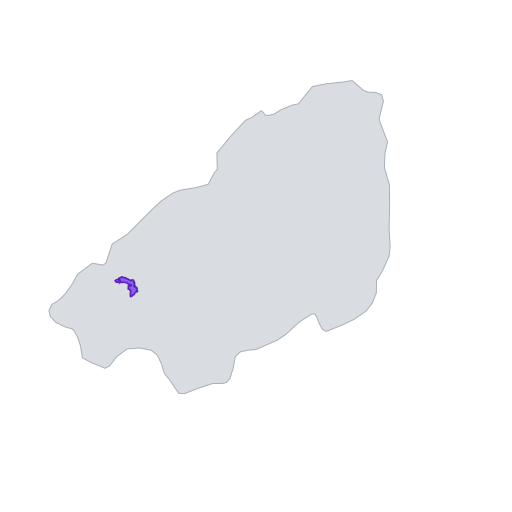 Shumer, Pemagatsel, Bhutan (highlighted), rotated 141°
{"feature_id": "84629894B11783061729770", "entity_name": "Shumer", "entity_type": "district", "adm_level": 2, "iso_a3": "BTN", "parent_name": "Bhutan", "parent_adm1": "Pemagatsel", "projection": "robinson", "projection_center": [91.402, 27.089], "detail": "fine", "context": "in_parent", "style": "filled", "palette": "violet", "viewbox_px": 512, "rotation_deg": 141, "n_neighbors": 0, "source": "geoboundaries", "source_scale": "gbopen_adm2", "svg_char_len": 5345}
<svg xmlns="http://www.w3.org/2000/svg" viewBox="0 0 512 512"><g transform="rotate(141 256 256)"><path d="M401.3,220.7L400.6,223.8L397.2,232.2L395.1,241.4L396.9,248.9L404.4,257.8L414.6,264.9L427.4,265.4L439.3,262.7L444.0,263.8L450.5,275.7L455.1,286.1L448.9,296.7L445.5,306.0L444.3,312.6L445.0,315.5L448.9,320.9L453.3,330.0L454.0,338.4L451.2,344.0L445.0,346.8L438.5,345.9L433.2,346.0L426.4,347.0L415.9,350.1L406.1,354.1L387.8,353.4L380.4,345.1L376.9,345.1L360.2,355.8L342.0,353.9L308.9,357.5L295.0,358.4L280.8,357.2L273.6,354.9L260.3,347.3L248.2,341.8L235.8,346.9L231.5,347.8L221.5,360.7L200.1,365.0L178.7,368.1L172.4,366.4L160.4,365.6L159.9,362.6L160.3,359.7L157.6,357.3L152.7,354.9L144.3,353.9L133.5,350.7L127.3,347.6L105.4,352.2L92.7,345.4L78.2,336.0L70.9,331.9L68.3,317.4L65.8,312.8L60.1,307.8L56.9,302.1L59.5,296.2L74.0,285.1L75.2,282.5L82.0,261.9L91.3,254.4L100.5,244.0L107.5,227.5L120.9,210.5L135.7,193.1L145.8,178.9L152.5,172.3L166.3,165.2L177.8,161.0L185.8,151.5L195.4,146.2L205.3,143.9L220.0,145.1L233.8,148.5L248.9,153.2L250.6,157.1L249.3,163.8L247.1,170.6L247.0,174.1L249.4,176.0L264.2,177.4L282.3,176.3L292.5,177.2L315.1,183.5L321.8,188.0L328.7,191.4L335.5,190.8L344.0,183.5L353.1,177.3L358.7,176.3L362.7,178.3L369.9,184.2L384.8,189.8L398.2,194.0L402.5,197.9L401.0,215.0L401.3,220.7Z" fill="#d9dde1" stroke="#a8b0b8" stroke-width="1"/><path d="M368.6,315.4L368.7,315.5L368.7,315.8L368.8,316.1L368.9,316.4L369.0,316.6L369.1,316.8L369.4,316.9L369.5,317.0L369.7,317.5L369.8,317.6L369.8,318.0L369.8,318.3L369.9,318.6L370.0,318.8L370.4,319.2L370.7,319.2L370.8,319.3L370.7,319.5L370.9,319.8L370.7,320.2L370.8,320.3L370.9,320.5L371.0,320.9L371.3,321.0L371.3,321.5L371.6,321.9L371.9,321.9L372.0,322.0L372.3,322.3L372.5,322.5L372.5,322.9L372.6,323.0L372.8,323.2L372.8,323.3L372.9,323.5L373.1,323.5L373.2,323.9L373.2,324.1L373.3,324.3L373.6,324.5L373.8,324.4L374.1,324.3L374.3,324.2L374.5,324.2L374.8,324.4L374.9,324.5L375.0,324.6L375.6,324.7L375.8,324.8L376.1,324.9L376.3,325.1L376.5,325.0L376.8,325.0L377.0,324.8L377.3,324.8L377.5,324.8L378.0,324.9L378.3,324.8L378.5,324.8L378.8,325.0L379.1,325.2L379.3,325.3L379.5,325.4L380.1,325.5L380.6,325.4L380.8,325.4L381.1,325.4L381.1,325.0L381.1,324.8L381.1,324.7L381.3,324.4L381.1,324.3L381.0,324.1L380.9,324.0L380.8,323.8L380.8,323.7L380.7,323.3L380.7,323.1L380.4,322.9L380.2,322.8L380.1,322.6L379.7,322.2L379.4,322.1L379.2,322.1L378.9,322.3L378.8,322.7L378.7,322.9L378.4,323.0L378.0,323.3L377.7,323.6L377.4,323.5L377.0,323.4L376.7,323.4L376.8,323.1L376.9,322.7L377.0,322.6L377.0,322.4L376.9,322.2L376.9,321.9L377.0,321.8L377.2,321.7L377.4,321.5L377.7,321.4L378.0,321.2L378.3,321.0L378.2,321.0L378.1,320.9L377.9,320.9L377.8,320.6L377.6,320.5L377.5,320.4L377.2,320.3L377.1,320.2L377.0,319.9L376.8,319.9L376.6,319.9L376.4,319.7L376.0,319.2L375.9,319.2L375.7,319.2L375.4,319.0L375.2,318.7L374.8,318.3L374.4,317.8L374.2,317.5L373.8,317.1L373.4,316.8L373.1,316.5L373.1,316.4L373.3,315.9L373.3,315.7L373.2,315.6L373.2,315.4L373.1,315.2L372.8,315.0L372.6,314.8L372.6,314.6L372.5,314.3L372.5,314.2L372.3,313.9L372.2,313.8L372.2,313.7L372.1,313.2L371.9,313.0L371.7,312.6L371.6,312.4L371.4,312.2L371.2,311.9L371.2,311.7L371.3,311.6L371.9,311.5L372.2,311.7L372.4,311.7L372.6,311.7L372.7,311.9L372.8,312.1L373.0,312.2L373.1,312.3L373.5,312.2L373.7,312.3L373.9,312.4L373.9,312.7L374.0,312.9L374.0,313.0L374.1,312.9L374.2,312.7L374.3,312.7L374.5,312.6L374.5,312.4L374.8,312.4L374.9,312.1L374.9,311.9L375.1,311.6L375.3,311.5L375.3,311.4L375.3,311.2L375.6,311.3L375.8,311.2L375.9,310.8L376.1,310.6L375.9,310.4L375.7,310.1L375.5,309.7L375.4,309.6L375.2,309.5L375.1,309.3L375.6,308.9L375.5,308.4L375.4,308.4L375.3,308.2L375.2,308.0L375.2,307.7L375.3,307.6L375.5,307.4L375.7,307.2L375.9,307.1L376.0,307.1L376.2,306.9L376.4,306.7L376.5,306.7L376.8,306.4L377.0,306.4L377.1,306.1L377.3,305.8L377.3,305.7L377.2,305.6L377.3,305.5L377.3,305.4L377.5,305.2L377.9,305.1L378.0,305.1L378.1,304.9L378.4,304.5L378.5,304.4L378.4,304.1L378.3,303.9L378.6,303.8L378.8,303.7L379.0,303.6L379.1,303.4L378.9,303.3L378.8,303.2L378.7,303.1L378.3,303.0L377.5,302.8L377.3,302.9L376.8,303.1L376.6,303.2L376.4,303.3L376.3,303.2L376.2,303.0L376.0,302.9L375.9,302.9L375.7,302.8L375.0,302.8L374.9,302.8L374.6,302.8L374.4,302.9L374.0,303.1L373.9,303.3L373.7,303.4L373.4,303.5L373.2,303.5L372.7,303.6L372.4,303.5L372.2,303.5L371.9,303.5L371.7,303.4L371.4,303.3L370.9,303.0L370.7,303.0L370.3,303.1L370.2,303.2L370.0,303.4L370.0,303.6L370.0,303.8L370.3,304.2L370.2,304.2L370.1,304.3L369.9,304.4L369.8,304.5L369.5,305.1L369.4,305.2L369.2,305.3L368.9,305.3L368.8,305.5L368.8,305.9L368.8,306.0L369.2,306.5L369.3,306.8L369.2,306.9L369.1,307.0L368.8,307.1L368.7,307.1L368.8,307.3L369.1,307.5L369.3,307.9L369.1,308.3L369.5,308.4L369.7,308.5L369.8,308.5L369.9,309.2L369.8,309.5L369.7,309.7L369.1,309.6L368.8,309.6L368.6,309.6L368.6,309.8L368.7,310.0L368.6,310.3L368.5,310.5L368.1,310.6L367.9,310.6L367.7,310.7L367.6,310.8L367.5,311.2L367.5,311.5L367.9,311.8L368.0,311.9L368.0,312.0L367.8,312.1L367.6,312.0L367.2,312.0L366.8,312.2L366.8,312.3L366.9,312.5L366.8,312.8L366.8,313.1L366.9,313.3L367.0,313.4L367.0,313.5L366.8,313.7L366.6,313.9L366.5,314.2L366.5,314.4L366.5,314.5L366.7,314.8L366.8,315.0L367.1,315.3L367.5,315.3L367.8,315.4L367.9,315.5L368.0,315.6L368.3,315.4L368.5,315.3L368.6,315.4Z" fill="#8b5cf6" stroke="#5b21b6" stroke-width="1.5"/></g></svg>